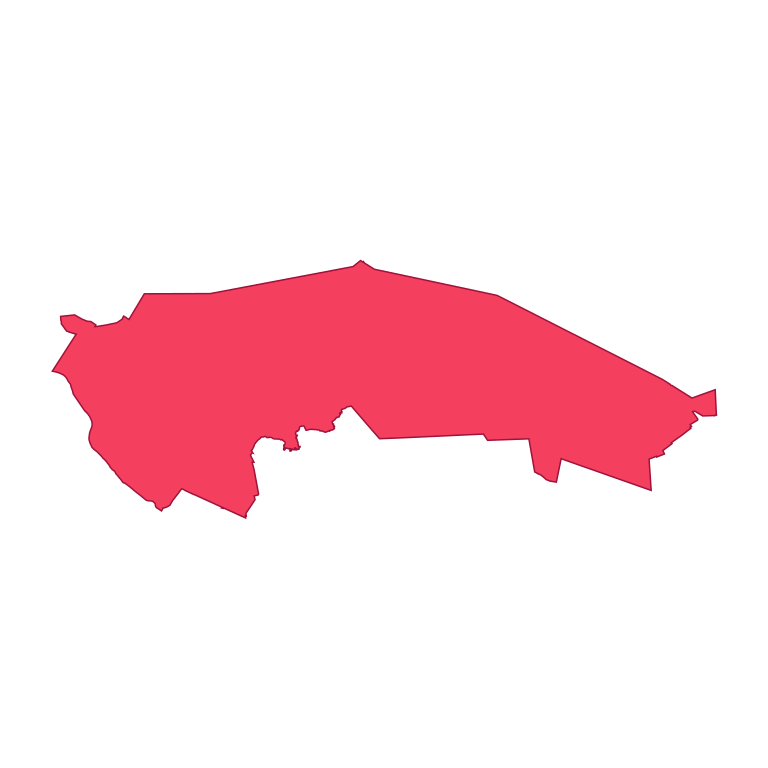 Westerwolde, Groningen, Netherlands (Mercator projection), rotated 266°
{"feature_id": "6326949B51666543137940", "entity_name": "Westerwolde", "entity_type": "district", "adm_level": 2, "iso_a3": "NLD", "parent_name": "Netherlands", "parent_adm1": "Groningen", "projection": "mercator", "projection_center": [7.085, 52.999], "detail": "fine", "context": "isolated", "style": "filled", "palette": "rose", "viewbox_px": 768, "rotation_deg": 266, "n_neighbors": 0, "source": "geoboundaries", "source_scale": "gbopen_adm2", "svg_char_len": 5972}
<svg xmlns="http://www.w3.org/2000/svg" viewBox="0 0 768 768"><g transform="rotate(266 384 384)"><path d="M274.1,549.1L297.1,555.5L259.2,643.1L290.6,643.2L292.9,650.7L292.1,650.9L294.6,658.9L298.2,657.6L304.4,667.2L305.4,666.5L309.4,673.1L309.5,673.1L311.7,676.9L315.0,681.9L315.8,682.9L318.3,687.0L319.5,686.3L320.1,687.8L322.2,686.6L326.0,694.2L326.3,694.4L326.7,694.5L327.3,694.5L333.2,690.8L334.1,690.2L334.9,689.9L335.0,690.2L335.1,692.1L334.9,692.6L329.9,699.7L329.5,710.4L329.2,711.8L329.6,712.2L329.7,712.4L330.0,712.7L329.7,713.4L329.8,713.6L330.0,713.6L330.1,713.4L355.2,714.0L348.5,690.2L362.5,671.1L362.6,670.1L363.6,669.6L364.1,668.9L364.1,668.7L364.3,668.7L369.5,661.5L464.5,503.0L499.1,382.5L505.9,373.1L507.6,372.0L507.1,371.4L508.8,369.2L503.3,361.3L486.3,216.9L490.7,151.2L466.2,134.1L466.6,133.5L467.0,133.1L467.1,132.6L468.2,131.5L469.9,129.0L467.7,127.6L467.4,127.7L467.1,127.7L465.5,124.8L464.9,123.9L464.3,122.9L463.8,121.6L463.3,119.1L463.0,116.1L462.8,115.4L462.7,114.2L462.3,111.4L461.3,100.2L461.4,99.6L463.0,100.7L466.6,96.2L466.8,95.8L466.9,95.4L467.1,93.5L467.5,91.9L469.9,87.1L474.5,80.2L474.0,66.1L470.0,66.1L468.7,66.5L466.6,66.3L462.9,68.6L461.1,69.6L460.4,70.3L459.1,70.9L458.8,71.1L458.5,72.4L457.9,73.2L455.5,79.4L455.2,80.4L419.9,54.0L419.8,54.3L418.9,57.6L418.1,59.7L417.3,61.5L415.9,64.0L415.4,64.8L414.3,66.0L412.9,67.2L411.5,68.0L408.5,69.3L406.2,70.9L405.5,71.2L404.8,71.4L403.7,71.5L402.4,71.8L398.9,72.8L395.7,73.3L378.1,83.6L376.4,85.2L375.0,86.3L373.0,87.6L371.1,88.5L367.0,90.0L366.0,90.0L363.6,90.0L362.2,89.7L361.3,89.4L357.5,87.6L355.7,86.9L351.2,86.0L350.1,85.9L348.8,85.9L345.7,86.6L344.7,86.9L343.2,87.6L342.0,87.9L341.0,88.4L340.2,89.1L338.7,90.4L337.7,91.6L336.5,93.0L335.6,93.7L331.7,97.1L329.3,98.7L328.4,99.7L325.8,101.8L323.7,103.1L322.0,104.3L320.4,104.9L319.8,105.3L317.5,107.0L316.5,108.4L315.9,108.9L315.1,109.5L312.9,110.5L312.3,110.9L311.5,111.7L309.9,112.7L308.6,113.6L307.6,114.5L304.0,116.7L303.6,117.3L303.1,118.6L302.6,119.4L302.2,119.7L300.7,121.5L299.0,123.4L294.6,127.9L291.7,131.1L290.5,132.5L284.8,138.5L284.4,139.3L284.0,140.5L283.9,141.0L283.8,142.2L283.4,144.1L283.2,144.7L282.6,145.7L281.1,147.0L280.8,147.3L280.3,147.4L278.3,147.5L277.4,147.8L276.8,148.2L276.2,148.8L274.8,150.7L272.9,153.2L274.5,154.3L275.8,155.0L275.7,156.0L276.2,158.1L276.8,159.6L277.8,161.7L278.2,162.1L282.6,165.1L284.3,166.7L286.1,168.2L288.5,170.5L291.9,173.3L293.3,174.6L293.5,174.8L293.5,175.1L293.0,176.2L291.3,178.8L287.4,185.8L286.6,187.6L272.0,214.5L271.6,213.6L271.2,214.7L271.1,215.3L271.0,216.3L260.0,236.6L262.2,236.5L261.8,237.4L264.5,237.2L277.6,247.3L281.4,246.7L282.0,250.4L282.1,250.7L282.4,251.0L283.2,251.2L307.9,248.4L315.1,247.0L315.3,247.3L315.1,248.8L322.2,245.8L322.4,246.1L324.5,247.4L324.7,247.6L324.3,248.4L326.9,247.0L327.3,247.6L328.0,248.2L331.1,250.0L332.4,250.5L333.0,250.8L334.8,252.3L336.7,254.2L338.0,256.1L338.4,256.7L339.6,257.8L339.6,260.0L339.9,261.2L340.0,261.9L339.8,262.3L339.0,263.1L338.7,263.6L338.6,264.5L338.7,264.9L338.8,265.4L338.7,266.8L338.5,267.8L338.2,268.5L337.3,269.6L336.9,270.5L336.3,275.9L336.2,276.2L335.4,277.2L335.6,278.1L335.6,278.5L334.2,279.7L333.6,280.7L333.3,281.1L332.8,281.3L331.0,281.1L330.0,280.4L330.2,280.0L329.7,279.7L328.7,279.8L327.7,280.5L327.3,280.5L327.3,280.3L327.7,280.0L327.7,279.8L327.1,279.8L326.6,279.4L326.3,279.3L325.4,279.4L325.1,279.6L325.0,280.0L325.2,280.4L325.5,280.7L326.4,281.1L326.7,281.4L326.9,281.9L326.5,283.5L326.3,283.8L326.1,283.9L326.0,284.1L326.2,285.2L326.0,286.5L325.9,286.6L325.6,286.8L325.5,286.7L325.2,285.9L324.8,285.5L323.8,285.4L323.6,285.8L323.6,286.0L323.8,286.4L323.8,286.9L323.8,287.0L324.5,287.4L325.3,287.4L325.5,287.5L325.4,288.4L324.9,288.9L324.8,289.0L325.0,290.4L325.4,290.8L326.2,290.4L326.4,290.4L326.5,290.7L326.5,291.0L326.4,291.2L325.5,292.1L325.1,292.2L324.8,292.0L324.5,291.3L324.4,292.1L324.5,292.6L325.2,293.9L324.8,294.0L324.8,294.4L325.1,294.8L325.9,294.7L326.8,295.6L326.9,295.8L327.3,296.0L327.6,295.9L327.7,295.6L327.4,294.7L327.5,294.4L328.3,294.2L329.3,294.3L329.6,294.1L329.8,293.9L330.0,293.9L330.8,294.1L331.7,294.1L332.4,293.9L332.9,293.6L333.8,293.5L335.5,293.2L335.7,292.4L336.0,292.3L336.8,292.8L337.4,292.7L337.4,293.1L337.6,293.2L338.2,293.3L338.3,293.4L338.4,293.9L338.7,294.0L339.0,293.9L339.0,293.0L339.1,292.8L339.5,292.7L340.0,292.4L340.4,292.5L341.4,292.5L342.1,292.8L342.6,293.1L342.7,293.3L342.8,294.0L343.2,294.1L343.3,294.2L343.3,294.4L343.1,294.6L343.1,294.9L343.7,295.2L344.0,295.9L345.5,296.5L346.5,296.6L347.1,296.9L347.4,297.5L347.6,298.2L347.8,300.9L347.7,301.1L347.5,301.3L346.6,301.7L345.8,301.9L344.8,302.7L343.8,302.5L343.5,302.9L343.3,303.3L343.3,303.6L343.5,305.2L343.9,306.5L343.8,308.8L343.6,310.0L343.5,311.2L343.3,311.7L343.4,312.4L342.8,314.5L342.8,315.3L342.8,315.7L342.5,316.1L341.9,316.5L341.5,317.5L341.8,318.2L341.8,318.5L341.7,318.7L341.3,319.0L341.2,319.4L340.8,320.1L340.0,322.1L340.0,322.7L340.9,325.3L340.9,326.0L340.7,326.5L341.4,326.6L341.5,326.7L341.7,328.5L341.7,329.1L341.8,329.5L342.6,330.9L342.9,331.4L343.3,331.5L343.8,331.0L344.1,331.0L344.9,331.7L345.2,331.7L345.3,331.6L345.4,330.7L345.5,330.7L345.8,330.8L346.1,331.1L346.3,331.1L346.9,330.8L347.5,330.8L347.4,330.4L347.4,330.2L348.1,330.1L348.9,329.6L349.9,329.6L350.4,330.4L351.2,331.3L351.9,332.7L352.4,332.8L353.3,333.9L353.9,334.2L353.9,335.0L354.3,335.8L354.2,336.6L354.2,336.8L355.3,337.4L356.3,337.8L356.6,338.4L356.8,338.5L357.1,338.5L357.3,338.4L357.9,337.8L358.4,338.0L358.5,338.2L358.5,338.3L358.3,339.0L358.1,339.4L358.1,339.6L358.4,339.5L358.6,339.5L359.0,340.2L360.2,339.8L361.3,339.7L361.6,340.1L361.7,340.4L362.4,343.5L363.6,345.2L363.7,345.5L364.2,349.4L364.2,349.9L339.8,368.1L329.7,375.8L329.0,400.8L327.3,472.4L327.1,479.7L320.6,483.4L319.2,524.7L285.7,528.2L285.1,529.4L284.2,530.6L284.1,530.9L284.0,531.1L283.9,531.0L283.7,531.3L282.4,534.0L279.0,537.6L277.4,539.0L275.5,543.0L274.1,549.1Z" fill="#f43f5e" stroke="#9f1239" stroke-width="1.5"/></g></svg>